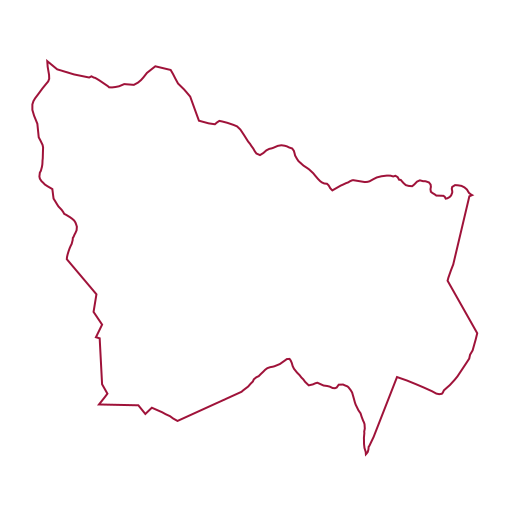 outline of Santiago Tlazoyaltepec, Oaxaca, Mexico, rotated 178°
{"feature_id": "50627088B24717754515407", "entity_name": "Santiago Tlazoyaltepec", "entity_type": "district", "adm_level": 2, "iso_a3": "MEX", "parent_name": "Mexico", "parent_adm1": "Oaxaca", "projection": "albers", "projection_center": [-96.974, 17.027], "detail": "fine", "context": "isolated", "style": "outline", "palette": "rose", "viewbox_px": 512, "rotation_deg": 178, "n_neighbors": 0, "source": "geoboundaries", "source_scale": "gbopen_adm2", "svg_char_len": 3927}
<svg xmlns="http://www.w3.org/2000/svg" viewBox="0 0 512 512"><g transform="rotate(178 256 256)"><path d="M372.1,102.0L365.4,108.0L355.2,103.1L351.9,101.1L347.5,98.9L344.5,96.5L340.2,93.9L275.2,120.8L273.5,122.2L271.1,123.9L268.4,125.8L265.9,128.5L263.5,130.7L262.5,132.8L259.9,134.8L257.5,135.8L255.3,137.9L252.9,140.0L250.8,142.0L248.6,143.5L245.7,144.4L242.9,144.8L241.3,145.2L235.9,147.2L233.0,149.1L231.0,150.4L228.8,151.9L226.1,152.0L225.0,150.4L224.0,147.9L223.2,144.7L222.0,142.0L219.1,138.1L216.6,135.4L214.9,133.0L213.0,131.0L211.4,128.6L209.3,126.4L207.8,124.9L203.6,125.7L201.2,126.7L199.1,127.2L193.0,124.2L189.4,123.6L186.9,122.9L184.1,121.4L181.8,121.1L180.0,121.7L178.3,123.9L177.8,124.5L173.5,124.5L171.7,123.6L169.2,122.5L168.2,121.6L166.1,118.7L164.7,116.2L163.6,111.8L163.0,109.3L162.3,106.3L161.6,104.0L159.0,98.2L157.0,95.1L156.1,91.8L154.7,87.7L153.9,85.9L153.4,84.1L153.3,79.7L154.0,76.7L153.9,75.2L154.5,70.4L154.5,68.6L154.6,64.4L154.3,60.4L153.2,56.4L153.1,54.0L152.5,54.6L151.2,56.2L150.4,58.7L150.1,61.3L149.3,62.4L144.8,71.0L119.3,130.1L109.5,126.3L100.6,122.3L92.9,118.7L84.8,114.7L80.6,112.2L77.7,111.5L75.1,111.8L74.1,112.9L72.9,115.2L69.5,118.0L66.8,120.2L61.9,125.2L58.9,128.6L49.6,141.6L46.5,146.0L45.5,149.9L42.8,154.1L39.3,165.1L37.6,171.1L65.4,224.6L64.5,227.6L61.5,235.3L59.2,240.6L40.7,308.2L37.9,309.3L39.2,310.1L41.0,311.7L42.9,315.1L45.3,317.3L48.2,318.9L51.7,319.6L54.6,319.9L57.5,318.2L58.0,316.3L57.6,313.9L57.7,312.4L58.9,309.7L60.4,308.2L62.7,307.0L64.4,306.7L65.3,308.6L66.6,309.6L70.6,309.9L73.7,310.1L75.3,311.4L77.5,312.8L79.0,314.1L79.3,316.7L78.8,319.0L79.0,321.3L80.6,323.5L84.0,324.8L86.3,324.9L89.6,325.9L92.5,324.7L95.4,321.9L97.5,320.3L100.9,320.7L103.8,321.6L106.0,323.7L107.5,325.5L108.7,327.0L110.3,327.2L111.7,329.9L113.9,331.3L116.1,330.7L118.8,331.6L122.3,331.8L127.9,331.3L132.5,330.3L136.0,328.7L139.9,326.7L142.0,326.2L144.7,326.1L152.2,327.6L156.2,328.4L157.2,328.3L159.3,327.5L161.4,326.3L163.4,325.7L166.6,324.3L168.9,323.4L177.4,318.9L178.2,319.7L179.6,321.4L180.2,322.7L181.0,324.1L182.5,325.7L185.3,326.1L187.7,327.3L189.3,328.6L191.4,330.9L194.1,334.3L195.9,336.7L198.1,338.9L199.9,340.7L201.6,342.0L205.4,344.7L210.2,349.3L211.7,351.7L213.4,355.0L213.9,357.4L214.5,359.8L216.1,362.2L219.1,363.3L221.3,364.5L223.5,365.2L226.8,365.8L230.4,365.3L235.0,363.5L236.7,363.0L239.0,362.6L242.0,361.2L245.0,358.7L248.5,356.7L252.0,358.4L253.5,360.6L255.0,363.5L256.9,366.3L258.0,368.2L259.9,370.7L263.7,377.2L267.2,382.9L270.4,386.2L273.9,387.8L280.0,390.1L285.0,391.6L287.9,392.3L290.1,391.0L292.5,389.1L298.6,390.2L308.3,393.2L311.4,402.7L316.2,417.6L322.0,424.9L327.9,431.1L330.5,436.3L332.6,440.8L334.8,444.9L350.0,449.1L358.6,442.8L362.3,438.4L364.8,435.8L367.9,433.4L372.1,431.3L381.7,432.4L386.9,430.4L390.6,429.8L394.0,429.5L396.9,429.7L398.1,430.9L406.3,436.9L408.4,438.3L410.5,439.6L411.9,440.0L414.2,441.3L416.5,440.2L431.5,443.8L448.2,449.5L457.8,458.0L457.6,452.4L456.5,444.2L456.5,440.3L457.6,437.7L460.2,434.8L463.6,430.9L468.9,424.2L471.2,421.4L473.0,418.6L474.2,415.3L474.4,409.8L472.9,404.0L469.9,395.8L469.0,382.2L467.3,378.7L465.4,374.4L465.0,371.9L465.3,367.5L465.7,361.1L466.0,359.0L466.2,356.3L466.4,354.6L466.9,352.3L467.4,350.7L467.7,349.7L468.2,348.3L469.1,346.9L469.7,343.0L469.3,340.8L467.8,338.3L466.1,336.6L464.5,334.8L462.1,333.1L459.9,331.7L457.2,330.0L456.9,326.8L456.6,323.3L456.3,320.4L454.8,317.8L452.9,314.4L451.7,312.4L450.1,310.6L448.6,308.9L447.1,306.6L446.2,304.8L444.2,303.7L442.1,302.3L440.7,301.4L438.4,299.6L436.5,297.8L435.3,295.8L434.6,293.7L434.0,291.5L434.4,288.0L435.7,285.3L436.7,283.6L437.6,281.6L438.4,280.5L438.7,278.2L439.1,276.9L439.8,274.5L440.9,272.5L442.0,270.2L443.1,267.4L444.2,264.2L444.9,261.6L445.2,259.4L416.8,223.3L420.3,205.8L412.2,192.8L418.8,180.4L415.1,179.2L414.3,133.2L409.3,123.6L411.8,120.5L418.1,113.1L378.8,110.9L372.1,102.0Z" fill="none" stroke="#9f1239" stroke-width="2"/></g></svg>